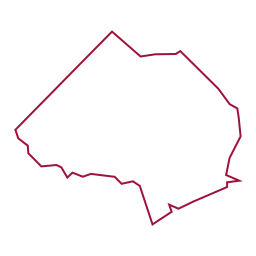 outline of Jackson, Georgia, United States of America
{"feature_id": "52423323B52261758967223", "entity_name": "Jackson", "entity_type": "district", "adm_level": 2, "iso_a3": "USA", "parent_name": "United States of America", "parent_adm1": "Georgia", "projection": "robinson", "projection_center": [-83.574, 34.131], "detail": "fine", "context": "isolated", "style": "outline", "palette": "rose", "viewbox_px": 256, "rotation_deg": 0, "n_neighbors": 0, "source": "geoboundaries", "source_scale": "gbopen_adm2", "svg_char_len": 582}
<svg xmlns="http://www.w3.org/2000/svg" viewBox="0 0 256 256"><path d="M112.0,31.6L92.8,51.1L74.7,69.4L45.7,99.0L37.0,107.8L15.4,129.8L18.3,138.4L27.8,145.7L28.3,153.2L41.3,166.4L56.4,165.0L61.3,167.3L67.3,177.5L72.5,172.7L82.9,176.7L90.9,173.9L114.7,176.8L121.6,183.8L132.9,181.3L139.8,185.9L152.5,224.4L171.6,211.8L169.2,204.7L178.5,208.7L193.2,201.6L227.1,187.0L227.1,182.3L239.2,180.7L226.1,175.0L229.6,157.9L240.6,136.4L238.7,117.6L237.3,108.4L229.7,104.2L218.4,88.8L180.3,51.1L175.7,54.0L155.1,54.3L140.6,56.5L112.0,31.6Z" fill="none" stroke="#9f1239" stroke-width="2"/></svg>